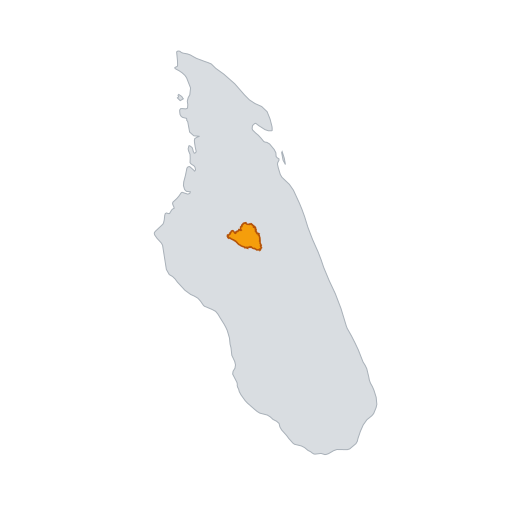 Ankazobe, Analamanga, Madagascar shown in context, rotated 322°
{"feature_id": "10022922B97289291498871", "entity_name": "Ankazobe", "entity_type": "district", "adm_level": 2, "iso_a3": "MDG", "parent_name": "Madagascar", "parent_adm1": "Analamanga", "projection": "robinson", "projection_center": [47.026, -18.235], "detail": "fine", "context": "in_parent", "style": "filled", "palette": "amber", "viewbox_px": 512, "rotation_deg": 322, "n_neighbors": 0, "source": "geoboundaries", "source_scale": "gbopen_adm2", "svg_char_len": 8194}
<svg xmlns="http://www.w3.org/2000/svg" viewBox="0 0 512 512"><g transform="rotate(322 256 256)"><path d="M328.1,57.3L329.4,60.5L330.8,63.7L335.4,71.2L337.3,74.1L339.0,77.2L339.8,83.3L342.6,92.9L345.3,107.3L346.1,122.0L346.9,128.8L349.0,135.1L352.5,141.7L353.6,149.1L351.4,156.7L348.3,163.8L347.5,165.1L346.0,167.0L345.4,166.9L342.9,165.0L340.9,162.0L338.4,154.9L337.5,151.3L336.5,150.8L333.5,151.1L331.3,153.3L330.9,154.7L331.4,158.7L332.2,162.3L332.5,166.0L332.6,170.6L333.4,172.0L334.5,173.1L335.7,176.1L335.9,183.3L335.2,186.9L333.1,190.0L333.2,191.8L333.9,193.5L333.2,194.6L330.4,195.9L329.3,197.1L327.8,200.3L325.3,206.8L324.9,210.0L326.4,220.1L326.0,227.2L322.8,240.8L321.0,247.3L318.5,255.0L314.6,265.2L310.7,277.9L307.4,291.1L305.0,299.0L302.3,306.7L298.5,320.5L295.3,334.5L290.6,349.8L284.0,366.9L283.3,369.2L282.0,377.9L280.5,385.5L278.8,393.0L275.1,405.4L274.7,409.3L273.9,413.0L270.4,420.7L268.9,423.6L267.9,426.7L267.3,430.6L266.3,434.4L263.7,441.3L259.9,447.3L257.3,449.4L251.7,452.6L248.9,453.2L242.6,453.3L236.5,455.1L230.2,458.5L224.1,462.5L221.7,464.4L219.2,465.4L211.1,465.7L208.7,464.8L200.6,458.3L197.4,457.2L191.5,456.4L189.7,455.8L188.1,455.0L185.7,451.6L180.9,448.7L179.8,447.8L179.0,445.8L178.5,443.7L177.3,441.3L176.3,436.8L174.8,433.6L170.4,428.0L169.9,426.2L169.5,420.2L169.6,416.2L169.1,408.8L169.6,405.4L171.1,402.2L170.5,398.9L168.8,395.3L168.2,391.6L167.0,388.3L162.3,382.2L161.2,379.3L160.5,376.2L158.7,366.6L158.4,363.3L158.7,356.2L159.3,352.6L160.4,350.1L160.7,348.2L161.4,346.6L162.5,345.3L163.2,343.7L164.9,334.7L167.0,332.7L170.3,331.5L172.8,329.2L174.3,326.0L175.8,319.4L179.8,312.9L181.3,309.5L184.6,304.3L187.5,297.0L188.3,293.6L188.9,290.1L189.7,282.4L190.2,278.6L190.1,274.8L188.4,270.9L184.4,263.8L184.2,262.5L184.5,257.2L184.2,253.4L182.7,249.6L180.8,246.0L178.9,239.3L178.0,228.3L178.1,224.3L177.6,220.7L176.2,217.3L177.1,211.4L189.0,190.0L189.4,187.5L188.9,181.0L189.1,177.2L189.6,175.8L190.5,174.9L192.5,174.5L202.2,173.6L203.5,173.0L205.9,171.1L209.2,167.7L210.7,166.7L212.0,167.0L212.9,168.5L214.0,169.3L217.9,167.8L219.4,167.7L220.9,168.0L221.6,166.5L222.0,164.6L222.6,163.2L223.7,162.4L228.7,162.0L231.9,161.4L236.1,160.1L237.0,160.3L240.3,165.2L241.3,165.6L242.6,165.8L243.8,165.0L241.1,162.4L240.7,160.9L240.8,159.3L242.2,155.8L244.7,153.1L250.1,149.0L255.7,144.2L257.4,143.9L258.8,144.7L259.8,150.2L259.7,151.2L260.6,151.3L261.6,150.6L262.6,148.4L262.6,146.5L261.9,144.7L261.5,143.2L261.5,141.8L264.3,138.5L266.6,135.3L267.6,131.6L268.5,129.8L270.9,127.9L271.6,128.2L272.1,129.8L272.4,131.5L271.8,133.1L271.0,134.8L270.6,137.0L271.9,137.4L273.2,136.9L275.1,132.9L277.2,129.1L278.4,127.2L280.0,125.8L282.6,126.1L285.2,126.9L281.0,123.0L280.0,117.5L284.9,108.1L285.0,106.2L285.7,105.6L286.0,104.8L283.5,101.6L283.0,100.0L283.3,97.7L284.6,95.5L285.7,94.0L287.3,93.5L288.5,94.3L291.3,96.9L293.1,97.3L295.4,94.8L297.2,91.7L300.0,89.5L303.1,88.2L307.9,83.3L311.0,72.9L311.2,69.9L310.6,66.3L309.5,62.8L307.6,58.5L308.1,57.5L310.7,58.1L311.6,57.5L314.4,53.7L319.1,46.3L320.7,46.4L322.0,47.7L322.5,49.7L323.4,51.2L326.5,54.7L328.1,57.3ZM295.5,86.3L295.5,87.4L291.9,86.9L291.4,83.0L293.1,82.9L293.5,81.3L294.6,81.1L295.7,84.6L295.5,86.3ZM338.5,196.3L335.5,202.0L336.3,197.2L339.9,190.3L340.9,189.8L338.5,196.3Z" fill="#d9dde1" stroke="#a8b0b8" stroke-width="1"/><path d="M270.1,244.3L270.2,244.2L270.3,243.8L270.4,243.7L270.5,243.5L270.4,243.4L270.5,243.2L270.6,242.9L270.6,242.7L270.8,242.4L271.0,242.2L271.0,241.8L271.2,241.7L271.2,241.4L271.3,241.1L271.1,240.9L271.7,240.6L271.7,240.4L271.8,240.4L271.7,240.2L271.5,239.8L271.8,239.8L271.7,239.6L271.6,239.4L271.1,239.4L271.1,239.5L270.9,239.4L271.0,239.3L271.0,239.1L270.8,238.9L270.7,238.6L270.8,238.5L270.7,238.4L270.7,238.1L270.9,238.1L270.8,237.8L270.9,237.7L271.0,237.9L271.1,237.6L271.0,237.4L271.2,237.2L271.0,236.9L271.0,236.6L270.9,236.3L270.9,236.1L271.0,236.1L271.1,236.3L271.4,236.1L271.7,235.9L271.5,235.7L271.6,235.3L271.9,235.4L272.1,235.3L271.8,234.9L271.9,234.6L272.1,234.5L272.3,234.6L272.3,234.4L272.5,234.3L272.6,234.2L272.8,233.9L272.6,233.8L272.6,233.7L272.8,233.4L272.6,233.4L272.7,233.1L272.6,232.9L272.4,232.8L272.4,232.7L272.5,232.5L272.3,232.5L272.2,232.7L272.2,232.3L272.1,232.1L272.2,231.9L272.0,232.0L271.9,231.9L272.2,231.7L272.4,231.5L272.5,231.5L272.3,231.3L272.4,231.2L272.6,231.2L272.7,230.9L272.4,230.8L272.4,230.6L272.5,230.4L272.3,230.2L272.5,229.8L272.2,229.4L272.4,229.0L272.0,228.6L272.0,228.4L271.9,228.3L271.9,228.2L271.8,227.8L271.8,227.7L272.1,227.6L272.0,227.4L271.8,227.4L271.3,227.5L271.0,227.4L270.7,227.2L270.4,227.1L270.5,226.8L270.5,226.7L269.9,226.6L269.5,226.4L269.1,226.1L268.9,225.9L268.4,225.2L268.3,224.7L268.2,224.4L268.3,223.9L268.3,223.6L268.4,223.4L268.2,223.3L268.3,223.5L268.2,223.5L267.7,223.5L267.5,223.3L267.6,223.1L267.2,222.9L267.0,223.0L266.3,222.6L266.0,222.5L265.8,222.7L265.6,222.6L265.4,222.9L265.1,223.0L264.9,223.0L264.7,223.1L264.4,223.1L264.2,222.8L263.5,223.1L263.4,223.3L263.3,223.8L263.1,223.9L262.9,224.1L262.7,224.0L262.5,223.8L262.2,223.8L262.1,223.6L261.6,223.7L261.4,224.1L261.1,224.5L260.5,225.0L260.3,225.6L260.3,226.0L260.4,226.4L260.4,226.6L260.0,226.6L259.9,226.4L259.7,226.3L259.8,226.0L259.6,225.6L259.4,225.4L258.8,224.7L258.4,225.3L258.1,225.3L257.9,225.1L257.7,225.2L257.4,225.3L257.2,225.2L257.1,225.3L256.8,225.4L256.7,225.1L256.4,225.2L255.9,224.9L255.8,224.7L255.6,224.8L255.5,224.7L255.3,224.7L255.2,224.6L254.8,224.7L254.7,224.8L254.6,225.1L254.4,225.0L254.2,225.2L253.9,225.4L253.9,225.5L253.7,225.5L253.4,225.0L253.5,224.6L253.5,223.4L253.6,222.8L253.5,222.4L253.4,221.9L253.2,221.9L253.1,221.6L252.8,221.4L252.6,221.3L252.2,221.5L251.7,221.3L251.4,221.5L251.1,221.8L250.6,221.8L250.3,222.0L250.1,222.1L249.9,222.2L249.8,222.3L249.6,222.1L249.5,222.4L249.0,222.7L248.9,222.6L248.6,222.6L248.4,222.4L248.2,222.4L247.9,222.7L247.4,222.5L247.1,222.6L246.9,222.5L246.6,222.6L246.6,222.0L246.5,221.9L246.3,222.0L246.1,222.2L246.1,222.5L246.0,222.9L245.9,222.9L245.8,223.0L245.7,223.0L245.8,223.3L246.0,223.5L245.9,223.6L245.7,223.6L245.4,223.8L245.5,224.0L245.3,224.2L245.5,224.6L245.4,224.8L245.6,224.9L245.6,225.0L245.8,224.9L245.8,225.1L246.0,225.0L246.1,225.3L246.3,225.4L246.5,225.7L246.5,225.8L246.7,226.0L246.8,226.2L246.7,226.4L246.7,226.6L247.1,227.4L247.3,228.0L247.7,228.5L247.7,228.8L247.8,229.0L248.1,229.2L248.1,229.4L248.2,229.5L248.3,229.6L248.3,230.0L248.7,230.7L248.5,230.8L248.6,231.0L248.8,231.2L248.9,231.7L249.1,231.8L249.2,232.0L249.1,233.0L249.1,233.4L249.2,233.5L249.4,233.6L249.4,234.0L249.3,234.5L249.3,235.0L249.4,235.4L249.6,235.6L249.5,236.1L249.7,236.8L250.2,237.6L250.2,237.8L250.4,238.2L250.4,238.3L250.4,238.5L250.5,238.8L250.6,239.1L250.9,239.4L251.1,239.9L251.3,240.2L251.4,240.3L251.5,240.6L251.8,240.8L252.0,241.0L252.2,241.4L252.2,241.8L252.4,241.9L252.4,242.1L252.2,242.5L252.3,242.6L252.5,242.6L252.6,242.8L252.8,242.7L253.0,242.9L253.4,243.0L253.6,243.5L253.6,244.0L254.0,244.6L254.2,244.1L254.3,244.3L254.7,244.5L254.8,244.6L255.0,244.6L255.1,244.4L255.3,244.6L255.5,244.7L255.8,244.6L256.1,245.1L256.5,245.3L256.6,245.1L257.0,245.0L257.1,245.7L257.2,245.9L257.4,245.8L257.5,245.8L257.8,245.8L257.9,246.0L257.8,246.4L257.9,246.6L258.0,247.0L258.2,247.5L258.2,247.9L258.3,248.1L258.6,248.5L259.1,249.1L259.1,248.9L259.5,249.1L259.5,249.3L259.7,249.5L259.9,250.1L260.0,250.4L260.1,251.0L260.3,251.6L260.5,251.6L260.6,251.9L260.9,252.0L261.1,252.2L261.4,252.4L261.6,252.7L261.9,252.8L262.1,253.0L262.3,252.9L262.4,253.0L262.6,252.9L262.6,253.3L262.8,253.7L262.7,253.9L263.6,253.8L263.6,254.0L263.8,253.6L264.1,253.2L264.2,252.9L264.8,252.9L265.3,253.0L265.5,252.8L265.6,252.7L265.6,252.1L265.6,251.9L265.5,251.7L265.5,251.4L265.6,251.2L265.7,250.8L265.9,250.6L266.0,250.6L266.2,250.9L266.3,251.0L266.7,250.8L266.6,250.6L266.7,250.3L266.8,250.1L266.7,250.0L266.8,249.7L267.0,249.5L267.0,249.2L267.1,248.9L266.9,248.7L267.1,248.4L267.5,247.9L267.7,247.6L267.9,247.5L267.9,247.0L267.9,246.6L268.0,246.5L268.2,246.4L268.3,246.5L268.6,246.5L268.6,246.4L268.4,246.2L268.5,245.9L268.8,245.8L268.9,245.6L269.1,245.4L269.2,245.2L269.5,245.3L269.6,245.2L269.6,244.6L269.7,244.4L269.8,244.3L270.1,244.3Z" fill="#f59e0b" stroke="#b45309" stroke-width="1.5"/></g></svg>